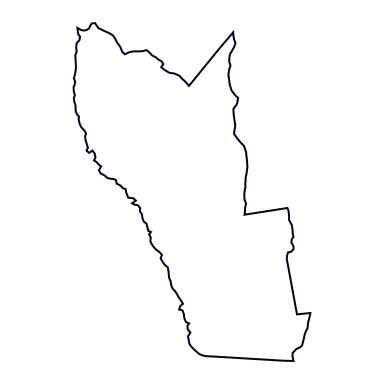 Indiavaí, Mato Grosso, Brazil (Mercator projection)
{"feature_id": "56859067B3233688790189", "entity_name": "Indiavaí", "entity_type": "district", "adm_level": 2, "iso_a3": "BRA", "parent_name": "Brazil", "parent_adm1": "Mato Grosso", "projection": "mercator", "projection_center": [-58.619, -15.332], "detail": "fine", "context": "isolated", "style": "outline", "palette": "ink", "viewbox_px": 384, "rotation_deg": 0, "n_neighbors": 0, "source": "geoboundaries", "source_scale": "gbopen_adm2", "svg_char_len": 2720}
<svg xmlns="http://www.w3.org/2000/svg" viewBox="0 0 384 384"><path d="M77.4,27.9L78.2,34.1L80.1,36.7L79.4,40.2L76.6,43.3L76.2,47.6L76.7,51.4L75.3,55.3L75.6,60.2L75.8,64.2L76.0,67.0L75.6,71.1L74.8,75.0L73.9,78.4L75.2,81.7L74.6,84.7L73.6,87.2L73.8,91.6L74.9,95.1L73.8,98.0L74.2,101.4L75.4,104.7L75.7,111.0L77.0,114.4L78.9,116.4L78.7,119.7L79.7,123.8L81.3,127.3L84.4,130.5L86.1,133.6L85.1,136.2L85.5,139.8L86.8,144.2L87.9,147.8L86.5,150.6L89.2,152.9L92.4,150.6L94.6,153.3L95.5,157.4L94.0,160.4L96.7,162.2L98.9,164.7L101.1,166.4L98.9,170.3L100.7,173.5L104.5,175.4L107.3,177.9L110.4,178.8L113.3,178.9L116.0,180.1L116.6,183.6L120.6,185.6L122.7,188.1L125.7,189.1L126.2,192.6L128.2,197.7L133.4,198.3L135.8,200.6L132.1,203.3L134.6,204.7L137.9,205.2L140.2,208.2L140.0,211.5L141.8,213.9L142.5,218.3L143.9,221.7L146.5,223.6L147.4,227.4L148.4,230.9L150.9,232.1L149.1,234.3L150.7,237.3L150.4,241.5L151.9,244.4L153.6,246.9L156.1,249.6L159.6,252.2L162.0,255.0L160.6,258.2L162.3,261.4L165.0,265.1L167.8,267.4L168.6,271.9L169.0,277.6L170.7,281.4L171.1,285.0L172.6,288.6L175.5,291.7L177.1,294.3L178.4,296.8L180.4,299.7L183.0,303.8L180.4,305.8L179.1,309.6L182.4,310.3L184.0,314.4L184.3,318.2L186.0,322.1L189.1,323.4L187.4,325.9L187.8,329.4L190.4,332.6L188.0,336.2L188.7,340.0L189.4,343.9L191.5,346.9L194.3,349.7L197.1,352.2L199.3,354.0L202.2,355.3L205.9,356.2L213.1,356.5L282.9,360.7L293.5,361.0L292.5,356.5L292.6,353.0L296.1,349.2L300.1,347.3L302.1,345.3L303.4,340.6L304.7,334.4L306.1,330.7L307.6,328.2L308.0,323.1L309.9,315.6L310.4,313.0L297.0,314.4L286.8,259.1L287.0,255.9L288.0,252.5L291.3,251.6L293.5,249.2L293.5,246.5L291.4,242.4L291.8,239.2L293.5,236.8L292.7,233.5L292.6,230.1L291.9,225.3L289.1,220.1L289.0,215.4L288.6,211.0L287.4,208.0L244.5,214.7L244.9,212.0L245.1,207.6L246.1,203.7L244.5,199.6L244.3,195.8L244.4,192.3L245.5,186.7L245.3,183.5L245.6,180.1L245.7,177.1L246.4,174.5L246.9,170.7L247.4,167.0L247.0,160.0L246.4,155.7L246.1,152.3L244.1,146.1L239.7,141.5L236.4,137.2L233.9,133.6L235.3,125.6L234.5,120.4L233.7,114.8L233.4,108.9L237.0,104.0L238.2,98.1L234.8,94.9L231.5,90.3L229.8,84.7L228.4,74.7L229.2,69.3L230.5,65.6L229.2,61.6L229.5,56.8L230.0,54.2L232.2,50.4L234.0,47.3L235.5,43.3L234.1,39.5L233.4,35.9L233.2,32.3L220.5,47.2L217.1,51.3L188.9,86.0L187.3,83.8L184.2,80.6L182.2,78.9L179.4,75.7L174.3,73.5L169.4,72.8L164.7,70.0L161.2,67.2L163.3,64.1L161.6,61.3L158.4,59.6L156.1,57.5L152.2,55.4L148.7,51.9L146.7,50.1L142.4,51.2L137.3,51.4L133.4,51.4L129.6,52.1L124.9,54.3L122.2,51.7L120.2,46.7L117.1,42.6L115.1,38.5L112.8,35.3L110.0,33.6L107.0,32.1L104.3,31.0L101.5,29.6L98.2,28.0L96.8,25.7L94.9,23.0L91.6,23.5L90.1,26.1L88.9,28.6L86.7,29.9L84.0,30.6L80.8,29.9L77.4,27.9Z" fill="none" stroke="#020617" stroke-width="2"/></svg>